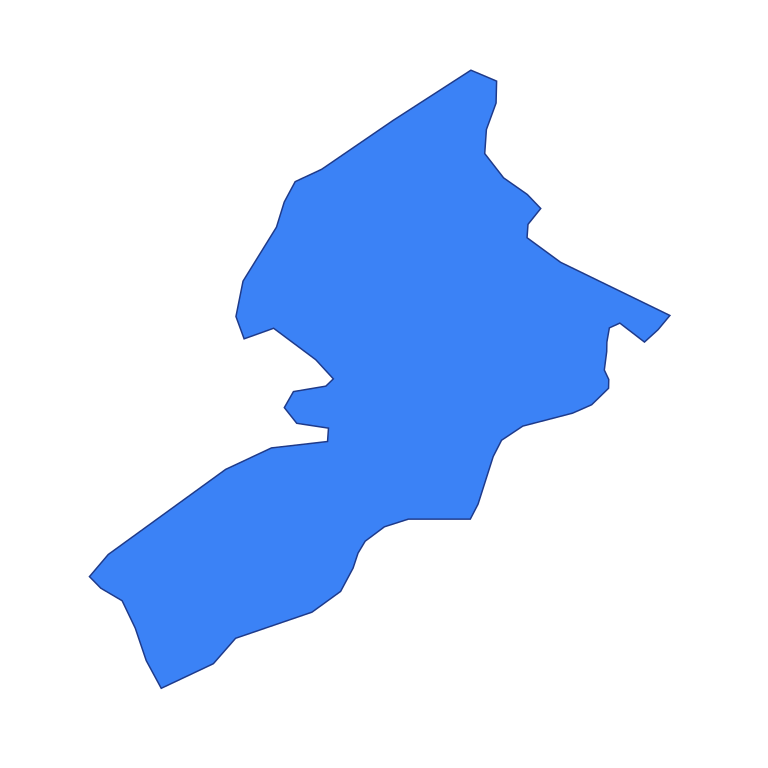 the District of Mangrove Cay, rotated 184°
{"feature_id": "BHS-5021", "entity_name": "Mangrove Cay", "entity_type": "District", "adm_level": 1, "iso_a3": "BHS", "parent_name": "The Bahamas", "parent_adm1": "", "projection": "albers", "projection_center": [-77.793, 24.142], "detail": "fine", "context": "isolated", "style": "filled", "palette": "blue", "viewbox_px": 768, "rotation_deg": 184, "n_neighbors": 0, "source": "natural_earth", "source_scale": "10m", "svg_char_len": 936}
<svg xmlns="http://www.w3.org/2000/svg" viewBox="0 0 768 768"><g transform="rotate(184 384 384)"><path d="M319.2,703.1L292.8,694.0L291.8,672.1L299.6,645.0L299.6,620.9L279.1,598.0L254.2,583.0L239.9,570.0L251.5,553.3L251.5,539.9L216.3,517.7L103.6,472.3L114.4,457.3L127.1,444.0L153.0,461.2L163.1,455.7L164.6,441.3L164.1,431.8L165.2,413.3L160.1,404.2L159.7,395.4L175.4,377.8L193.8,368.1L242.6,351.7L262.8,336.1L270.0,319.3L281.8,270.7L288.5,255.2L350.3,250.9L373.6,241.6L391.8,225.9L398.1,213.5L402.0,198.2L412.8,174.1L439.9,151.4L514.3,120.0L534.7,93.1L585.0,64.9L601.9,91.5L615.1,123.1L630.1,149.5L652.2,160.5L664.4,171.3L647.2,194.7L536.0,287.8L491.8,312.4L436.3,322.7L436.3,336.1L468.3,338.7L481.8,353.5L473.8,370.1L441.9,377.8L434.9,385.6L453.7,403.4L498.0,431.9L526.7,419.3L536.4,441.0L531.8,476.8L502.2,533.0L496.2,558.6L486.7,579.7L461.1,593.9L393.3,647.6L319.2,703.1Z" fill="#3b82f6" stroke="#1e3a8a" stroke-width="1.5"/></g></svg>